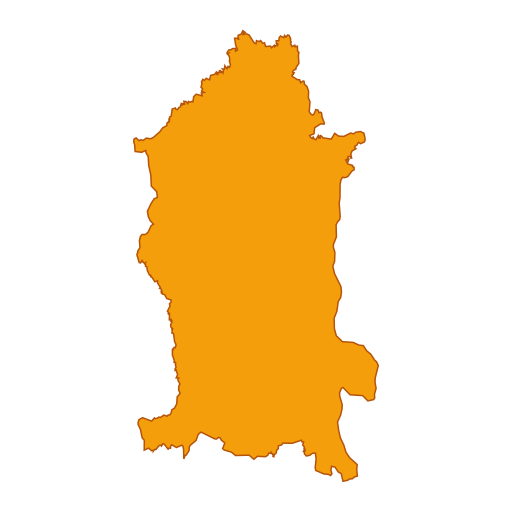 outline of Chereponi, Northern, Ghana
{"feature_id": "2480657B14989848452061", "entity_name": "Chereponi", "entity_type": "district", "adm_level": 2, "iso_a3": "GHA", "parent_name": "Ghana", "parent_adm1": "Northern", "projection": "equal_earth", "projection_center": [0.223, 10.179], "detail": "fine", "context": "isolated", "style": "filled", "palette": "amber", "viewbox_px": 512, "rotation_deg": 0, "n_neighbors": 0, "source": "geoboundaries", "source_scale": "gbopen_adm2", "svg_char_len": 6001}
<svg xmlns="http://www.w3.org/2000/svg" viewBox="0 0 512 512"><path d="M144.2,450.1L148.7,448.1L151.4,450.7L153.3,450.3L153.3,451.2L154.6,449.4L155.9,449.6L158.9,445.7L160.7,445.2L161.5,446.1L162.7,443.8L164.3,444.2L168.1,449.2L169.1,448.1L170.5,448.2L170.7,446.0L171.7,444.8L176.4,447.5L181.8,445.2L183.0,446.3L183.6,449.6L183.8,458.9L185.2,455.4L186.3,455.0L189.1,450.4L189.2,447.4L190.1,445.4L196.1,440.4L198.2,434.4L201.0,432.1L214.8,438.9L216.6,439.0L218.6,437.3L220.2,438.0L221.3,440.1L224.8,442.9L222.6,448.6L224.2,450.0L231.5,452.2L235.5,455.5L249.2,455.2L253.9,459.3L257.4,456.3L265.6,456.7L267.8,455.2L268.8,453.1L271.0,453.4L271.2,452.4L272.6,454.5L273.5,454.4L272.9,456.3L273.8,456.8L274.3,454.7L276.0,453.3L276.9,449.9L278.3,448.8L278.4,445.8L281.6,444.9L282.9,443.1L292.2,443.3L301.4,440.2L302.0,441.9L303.6,442.0L302.7,445.0L304.3,446.9L304.0,448.6L304.7,448.7L305.4,451.1L304.3,450.0L303.4,451.5L304.4,452.0L304.4,453.7L306.3,456.0L309.7,455.3L312.6,453.2L315.4,453.1L316.1,459.1L315.2,467.8L315.8,470.5L324.0,474.0L328.2,474.3L330.6,475.5L331.9,473.8L330.9,469.9L331.6,466.3L335.0,467.1L338.4,472.1L341.2,473.6L343.0,481.3L347.8,480.2L350.3,478.7L351.9,479.0L354.7,476.8L357.4,476.1L356.7,469.5L357.2,464.6L349.6,457.7L346.0,452.3L343.8,445.1L340.5,438.2L338.8,431.2L337.5,422.1L340.6,415.1L342.0,409.1L342.2,404.6L339.7,396.1L339.6,392.6L341.5,388.2L343.0,387.5L350.1,394.8L362.6,395.6L367.9,400.9L373.6,399.6L374.7,398.0L374.5,394.1L376.1,388.4L375.0,382.1L375.2,378.0L378.3,365.6L376.6,361.8L374.7,360.2L370.8,354.2L366.8,350.9L363.3,345.6L359.0,345.1L353.1,342.4L342.5,341.7L336.3,335.8L334.4,328.7L334.1,318.3L336.9,311.2L338.2,301.7L340.7,297.4L341.5,291.8L340.9,286.5L334.6,273.8L332.8,266.3L334.6,261.4L334.9,252.3L333.4,247.5L333.4,244.5L336.4,236.9L336.1,225.0L337.3,222.2L339.6,219.7L340.2,216.7L339.2,203.1L340.0,197.3L340.1,184.3L341.0,179.8L342.6,177.3L344.6,177.7L347.8,176.6L351.8,171.2L354.1,169.8L354.1,167.3L352.6,166.7L352.6,165.4L347.8,164.0L345.7,159.9L347.4,159.0L348.1,161.3L349.0,159.0L347.8,157.8L348.1,156.5L350.2,156.4L350.9,158.1L351.6,158.1L350.8,154.1L352.1,150.9L356.0,148.7L354.6,147.5L355.1,146.0L356.7,145.3L358.5,142.3L360.6,143.7L364.4,141.9L365.1,140.1L364.9,137.3L363.8,133.1L360.2,131.5L355.6,132.3L353.5,133.9L350.8,133.0L343.8,136.4L338.6,136.1L334.7,133.3L331.3,139.1L323.0,137.8L320.8,135.5L320.1,135.7L320.1,138.2L318.9,138.1L318.3,135.6L315.8,139.8L314.2,139.0L313.2,137.0L312.2,138.5L310.4,137.0L309.7,135.5L314.0,133.8L314.7,127.7L320.8,123.8L324.0,124.2L324.4,123.2L322.1,117.1L321.5,112.8L320.2,112.1L318.9,112.7L317.9,110.0L315.8,109.6L314.1,113.8L312.9,115.0L311.2,114.4L309.2,111.6L310.0,101.8L308.4,97.8L308.6,91.3L306.9,86.4L304.5,84.4L304.0,81.2L303.0,81.0L300.7,82.7L299.6,79.7L297.5,79.7L292.1,76.3L292.3,74.6L293.3,74.5L294.1,72.7L292.8,72.7L292.6,71.6L294.5,69.6L295.8,69.5L296.1,67.5L298.9,63.3L298.4,55.7L298.9,52.4L297.6,51.1L297.4,46.2L295.3,46.8L294.8,45.2L292.1,46.6L290.5,43.5L291.2,41.9L290.5,40.9L290.6,38.6L289.0,35.3L287.6,35.0L286.0,37.1L284.6,35.4L283.7,37.7L280.5,36.0L279.2,37.6L278.8,40.8L276.2,40.7L276.4,43.6L277.9,44.0L277.4,45.7L276.3,45.2L274.7,46.7L274.3,45.3L271.5,47.8L270.6,46.1L265.6,46.5L264.5,42.8L262.7,43.3L260.6,40.5L259.2,41.6L256.5,40.6L256.0,43.7L254.0,42.7L249.1,35.0L246.2,33.8L243.1,34.5L243.5,33.1L245.1,32.3L242.8,30.7L241.3,34.0L238.1,35.3L238.0,38.0L239.1,39.6L236.7,38.2L234.6,38.2L235.6,44.8L237.5,50.0L235.5,51.1L235.4,48.4L232.4,48.6L230.9,49.8L228.9,49.9L227.1,52.5L227.1,53.6L228.6,53.2L227.7,54.1L229.4,56.8L229.8,60.0L229.3,60.8L230.4,64.7L229.7,67.3L228.0,66.4L227.1,69.3L226.8,67.5L225.8,67.5L224.9,65.8L224.3,69.2L222.5,69.0L223.5,70.1L223.0,72.7L222.6,71.7L221.2,72.5L221.2,71.4L220.1,70.5L219.3,71.0L219.7,72.2L218.2,72.5L217.8,74.5L217.0,74.4L217.3,72.5L216.4,71.9L214.8,74.3L210.6,75.4L209.6,79.9L206.3,78.3L204.4,80.4L202.8,79.3L201.5,82.0L202.0,83.4L201.0,87.3L202.6,88.7L201.6,91.1L204.1,92.4L201.3,93.0L202.1,95.8L196.2,94.2L193.7,96.6L192.9,101.8L192.1,101.3L190.2,102.2L188.5,101.4L187.7,103.6L186.0,101.5L183.8,101.3L184.5,104.0L181.3,103.4L181.0,104.7L181.8,104.9L180.7,105.2L180.4,106.9L178.8,107.6L177.5,109.6L175.9,109.3L175.4,108.0L172.2,109.0L171.2,116.2L169.6,117.0L169.5,119.1L168.9,119.2L169.4,120.6L168.5,121.3L169.0,122.1L167.1,122.8L166.7,125.7L162.7,127.8L159.9,131.7L153.7,137.2L150.6,138.8L146.3,138.1L143.2,140.4L140.9,139.7L139.1,140.7L136.1,137.9L134.0,139.1L133.7,142.0L134.6,144.6L135.1,151.5L141.7,152.3L145.7,150.5L146.0,152.7L148.2,156.6L148.7,165.5L150.8,175.0L151.3,186.1L156.7,191.7L157.4,197.5L154.2,198.7L150.8,204.0L147.4,211.3L148.3,216.5L150.1,220.5L153.5,224.2L151.2,225.6L148.0,232.3L145.4,234.5L142.1,234.5L140.5,236.3L139.4,240.5L140.0,247.5L137.6,251.3L137.9,252.4L137.0,253.8L137.0,255.2L139.2,262.6L140.6,262.9L142.1,260.5L143.0,262.2L144.7,263.4L145.3,263.0L144.8,264.0L145.6,264.8L145.5,266.3L146.9,267.0L147.3,270.5L149.5,275.1L150.8,275.3L150.8,276.8L152.0,277.4L154.9,281.8L157.5,280.8L157.6,283.1L160.2,287.2L159.6,288.4L160.6,288.4L161.5,289.9L161.1,291.7L161.3,292.6L162.0,291.9L162.3,294.0L164.6,294.6L166.8,298.6L171.1,300.0L171.1,301.9L169.4,304.0L170.1,305.8L167.4,311.3L169.4,313.5L168.3,313.9L169.5,315.2L169.3,319.6L171.0,319.2L171.8,320.7L170.6,321.0L171.8,322.3L170.6,325.0L171.0,327.2L172.6,328.8L171.8,329.2L172.3,330.5L171.8,332.9L173.5,333.5L174.6,341.6L175.8,344.1L176.0,345.6L175.1,347.8L174.2,347.4L173.1,348.5L173.2,349.6L172.4,349.6L172.4,355.2L174.2,360.1L174.1,362.3L174.9,362.1L175.8,363.2L175.3,363.9L176.0,367.5L175.1,368.8L175.1,370.5L176.1,370.1L177.6,374.6L176.2,377.9L178.7,378.0L177.9,379.1L178.1,380.7L180.0,384.0L178.9,385.7L178.6,389.9L180.1,393.4L177.2,396.8L176.7,403.9L174.5,408.1L171.8,409.8L171.3,412.4L169.9,414.8L168.0,415.1L167.2,416.2L163.9,415.1L160.5,417.4L158.8,417.1L157.5,418.2L155.3,418.6L154.4,417.9L151.7,421.1L142.5,417.7L138.9,419.7L138.0,422.8L138.3,424.9L140.4,429.3L142.2,437.9L144.3,440.3L144.2,450.1Z" fill="#f59e0b" stroke="#b45309" stroke-width="1.5"/></svg>